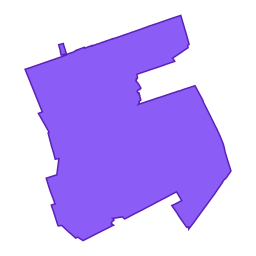 Colceag, Prahova, Romania (Robinson projection)
{"feature_id": "2599482B36947039095978", "entity_name": "Colceag", "entity_type": "district", "adm_level": 2, "iso_a3": "ROU", "parent_name": "Romania", "parent_adm1": "Prahova", "projection": "robinson", "projection_center": [26.382, 44.938], "detail": "fine", "context": "isolated", "style": "filled", "palette": "violet", "viewbox_px": 256, "rotation_deg": 0, "n_neighbors": 0, "source": "geoboundaries", "source_scale": "gbopen_adm2", "svg_char_len": 5407}
<svg xmlns="http://www.w3.org/2000/svg" viewBox="0 0 256 256"><path d="M83.1,240.6L100.5,231.7L106.3,228.8L110.5,226.7L111.7,226.1L113.1,225.4L113.6,225.2L113.1,224.8L112.7,224.6L112.4,224.5L111.7,224.4L111.5,224.2L111.4,224.1L111.5,223.9L111.7,223.7L111.8,223.6L111.6,223.3L111.5,223.1L111.4,223.0L111.4,222.8L111.6,222.5L111.9,222.1L112.0,221.6L112.2,221.3L112.4,221.1L112.7,221.0L112.8,220.9L113.5,220.7L113.9,220.4L114.0,220.2L113.9,219.8L113.8,219.6L113.6,219.4L113.2,218.9L112.7,218.4L121.4,217.1L121.8,217.1L122.6,217.0L122.9,217.1L123.1,217.3L123.3,217.6L123.7,218.1L124.2,218.7L124.3,218.8L124.5,218.9L124.8,218.9L125.6,218.5L126.2,218.2L126.5,218.1L126.9,217.8L127.5,217.5L128.0,217.3L128.7,216.9L129.3,216.6L130.2,216.0L130.8,215.8L131.0,215.7L131.9,215.2L133.1,214.5L134.3,213.9L134.6,213.7L134.8,213.6L135.4,213.4L137.1,212.5L138.9,211.6L140.9,210.6L142.5,209.8L145.0,208.4L147.6,207.0L149.3,206.2L152.3,204.6L153.8,203.8L155.7,202.7L157.1,202.0L158.7,201.2L161.9,199.5L163.9,198.5L165.8,197.5L167.3,196.7L169.2,195.7L169.7,195.3L176.4,191.9L178.0,194.2L181.7,200.6L179.7,201.6L178.1,202.5L176.3,203.4L176.1,203.5L175.9,203.6L175.8,203.8L175.5,203.9L175.3,204.0L173.3,204.9L172.7,205.1L171.8,205.5L175.0,210.2L176.8,212.7L177.7,214.2L178.3,215.3L179.3,216.8L179.8,217.5L186.2,226.6L186.8,227.3L187.1,227.4L187.4,227.1L187.5,226.9L187.9,226.8L188.0,227.0L188.4,227.0L188.6,227.0L188.5,227.3L188.6,227.6L188.7,228.3L188.8,228.5L188.8,228.8L188.8,229.0L193.4,223.0L202.1,211.0L202.9,209.9L206.7,204.8L207.7,203.4L208.1,202.8L209.0,201.6L209.7,200.6L213.1,195.9L213.9,194.9L215.9,192.0L218.0,188.9L218.9,187.6L219.5,186.8L220.7,185.0L222.5,182.4L222.5,182.1L222.6,181.9L222.6,181.7L223.0,181.3L224.0,179.9L224.2,179.7L224.6,179.4L225.3,178.8L225.6,178.5L225.7,178.3L226.0,178.0L226.4,177.7L226.6,177.4L226.8,177.2L226.9,176.9L227.1,176.6L227.5,176.0L228.4,174.7L229.6,173.1L230.0,172.4L230.4,171.9L230.6,171.5L230.8,171.3L230.9,170.8L230.9,170.6L230.8,170.4L228.8,164.1L228.1,161.7L227.3,159.3L226.4,156.1L225.5,153.3L224.9,151.2L224.8,150.3L224.6,149.3L224.1,147.2L223.4,144.5L223.2,144.0L222.8,142.7L222.0,140.9L220.2,136.4L219.1,134.0L217.9,131.4L217.0,129.3L215.2,125.9L208.9,113.1L204.9,105.2L203.6,102.7L203.2,101.4L202.7,100.0L195.0,85.7L189.2,87.6L186.4,88.5L182.4,89.8L180.3,90.7L178.7,91.0L177.7,91.3L176.0,92.0L172.0,93.2L169.1,94.2L162.6,96.4L161.1,96.9L159.5,97.4L158.6,97.6L157.0,98.1L155.1,98.8L153.2,99.5L152.8,99.6L150.4,100.4L146.4,101.7L143.5,102.7L141.0,103.5L139.4,104.0L138.3,104.4L138.7,103.8L139.0,103.2L139.2,102.8L139.3,102.4L139.3,102.0L139.2,101.7L139.1,101.4L139.3,101.1L139.9,100.8L140.3,100.5L140.7,100.3L140.8,100.1L140.9,99.9L140.8,99.7L140.7,99.4L140.5,98.8L140.4,98.6L140.4,98.3L140.3,98.0L140.3,97.6L140.1,97.4L139.9,97.2L139.8,96.8L139.8,96.5L139.8,96.1L139.9,95.8L139.8,95.5L139.7,95.2L139.5,94.9L139.2,94.8L139.0,94.7L138.9,94.5L138.8,94.4L138.9,94.2L139.0,94.0L139.2,93.8L139.2,93.6L139.2,93.3L139.2,93.1L138.9,92.8L138.7,92.7L138.2,92.7L137.8,92.6L137.7,92.6L137.5,92.4L137.4,92.1L137.3,91.9L137.1,91.6L137.1,91.4L137.3,91.3L137.5,91.2L137.8,90.9L137.8,90.7L137.7,90.5L137.7,90.3L137.7,90.2L137.8,90.1L138.1,89.9L138.4,89.8L139.0,89.7L139.4,89.7L139.7,89.6L139.8,89.5L140.0,89.3L140.0,89.0L140.0,88.7L140.4,88.5L140.7,88.5L140.8,88.4L140.9,88.2L140.8,87.9L140.5,87.4L140.2,86.9L139.6,85.8L138.0,83.2L137.7,82.8L137.5,82.5L137.2,82.3L136.9,82.0L136.5,81.6L135.9,80.9L135.9,80.7L136.0,80.6L136.1,80.4L136.3,80.2L136.3,79.5L136.3,79.2L136.3,78.8L137.0,78.8L137.2,78.7L137.3,78.5L137.2,78.2L137.4,77.9L137.5,77.7L137.5,77.4L137.4,77.0L137.0,75.5L137.0,75.0L137.3,74.6L137.2,74.2L140.4,73.1L149.8,69.9L157.3,67.4L163.8,65.2L163.7,65.1L164.6,64.8L174.7,61.4L174.8,61.3L172.6,58.1L174.8,56.7L176.6,55.5L182.5,51.5L183.4,50.8L188.1,47.7L187.9,47.0L187.7,45.9L187.7,45.6L187.9,45.1L188.4,44.8L188.6,44.7L189.1,44.4L188.6,42.5L186.4,34.5L182.8,22.4L181.6,18.3L180.9,15.8L180.8,15.4L175.0,17.3L168.2,19.6L166.5,20.2L163.4,21.3L160.4,22.3L159.1,22.8L149.5,26.0L148.5,26.3L147.7,26.7L146.9,27.0L127.0,34.0L112.8,38.9L112.7,38.6L111.9,38.9L111.2,39.2L109.7,39.8L109.2,40.0L108.8,40.1L105.0,41.4L104.0,41.8L103.5,41.9L102.6,42.3L101.8,42.5L100.9,42.9L100.0,43.2L99.4,43.4L98.2,43.9L96.9,44.1L96.5,44.3L96.4,44.4L91.8,46.0L91.9,45.6L88.9,46.6L87.9,47.0L84.8,48.2L84.4,47.3L77.5,49.8L76.7,50.1L76.8,50.3L76.2,50.5L75.7,50.6L75.4,50.7L75.2,50.9L74.6,51.5L74.1,51.8L70.7,53.0L68.5,53.7L68.3,53.8L67.6,54.1L66.6,54.5L65.9,52.2L65.3,50.2L63.8,45.5L63.3,43.5L61.8,43.9L58.7,44.7L59.5,47.8L60.0,49.4L60.4,50.9L60.6,51.9L60.4,51.9L60.7,53.4L61.2,55.1L64.7,54.2L66.1,53.9L66.4,55.0L65.0,55.5L64.0,55.9L52.8,59.8L43.9,62.9L37.5,65.1L33.0,66.7L25.1,69.3L30.8,83.4L42.3,111.9L38.4,113.4L49.2,132.4L48.1,133.0L51.3,145.3L53.4,152.3L55.2,159.2L58.9,158.6L56.8,174.8L46.2,178.2L47.4,182.0L48.7,186.3L50.7,192.3L53.2,198.8L54.1,201.3L54.3,201.9L54.5,202.4L54.6,202.9L54.8,203.3L55.0,204.0L54.4,204.1L53.6,204.3L52.4,204.8L52.2,204.8L51.9,204.8L51.7,204.9L51.3,205.1L52.0,207.4L52.9,209.7L53.6,211.8L53.8,212.3L53.9,212.8L54.0,213.3L54.2,213.8L54.5,214.7L55.0,216.5L55.7,218.5L56.4,220.7L57.3,223.6L57.4,223.9L58.1,225.9L59.3,225.8L59.7,225.8L60.0,225.8L60.8,225.5L61.7,225.4L64.2,227.7L64.9,228.4L65.8,229.2L66.8,230.2L69.3,232.5L71.1,234.0L71.7,234.5L73.7,236.3L74.8,237.3L75.3,237.8L75.9,238.1L77.6,237.1L77.9,237.3L83.1,240.6Z" fill="#8b5cf6" stroke="#5b21b6" stroke-width="1.5"/></svg>